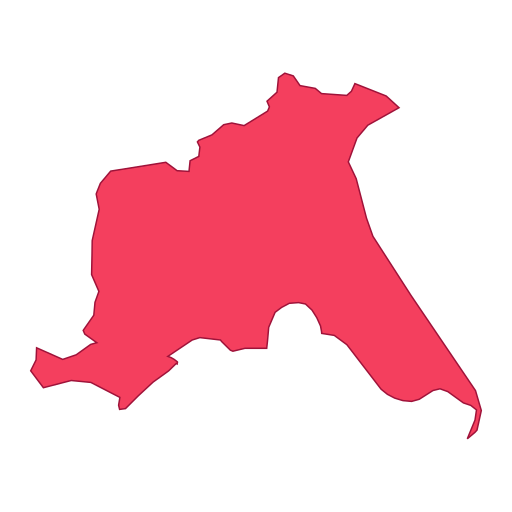 the border of East Riding of Yorkshire
{"feature_id": "GBR-2124", "entity_name": "East Riding of Yorkshire", "entity_type": "Unitary Authority", "adm_level": 1, "iso_a3": "GBR", "parent_name": "United Kingdom", "parent_adm1": "", "projection": "orthographic", "projection_center": [-0.492, 53.866], "detail": "fine", "context": "isolated", "style": "filled", "palette": "rose", "viewbox_px": 512, "rotation_deg": 0, "n_neighbors": 0, "source": "natural_earth", "source_scale": "10m", "svg_char_len": 1454}
<svg xmlns="http://www.w3.org/2000/svg" viewBox="0 0 512 512"><path d="M354.9,83.6L386.2,96.0L399.0,107.7L367.8,125.2L357.0,138.0L348.3,161.9L356.2,178.7L366.5,218.2L372.9,236.3L410.9,295.3L475.5,390.6L481.3,410.5L477.0,430.1L475.0,432.3L467.3,438.8L475.0,420.1L476.5,409.9L470.8,405.4L463.4,402.9L447.8,391.6L440.0,388.8L433.0,390.5L419.2,399.3L411.6,401.4L402.9,400.6L394.7,398.1L387.4,394.3L381.1,389.2L346.9,344.7L334.3,335.4L321.7,333.4L321.5,331.3L320.5,325.9L316.8,317.7L312.0,310.1L305.5,304.0L298.6,302.6L289.3,303.3L281.6,307.4L275.1,312.3L268.7,327.3L267.5,341.0L266.7,348.3L245.0,348.3L232.9,351.2L230.4,350.2L221.5,341.4L220.5,340.0L199.8,337.6L192.2,340.0L167.8,356.4L171.1,357.6L174.2,359.4L177.2,361.7L177.5,362.1L177.1,364.0L176.2,363.5L168.6,370.9L153.2,382.0L138.4,395.7L125.5,408.6L119.6,409.4L118.6,405.2L119.9,397.4L90.8,382.4L71.2,380.5L43.4,387.7L30.7,370.8L36.1,359.9L36.6,347.8L62.7,359.4L76.2,354.8L90.7,344.4L96.8,342.7L84.8,334.1L83.2,330.4L93.8,315.2L95.0,302.3L98.9,291.4L91.6,274.6L92.0,255.0L92.2,240.6L99.2,209.3L96.2,194.0L96.8,192.3L100.4,183.3L110.7,171.1L165.8,162.3L177.1,170.7L189.0,171.4L190.1,160.7L198.8,156.4L199.9,147.1L197.4,141.9L198.8,140.3L211.9,134.9L223.7,124.7L231.8,123.0L244.1,125.6L267.6,111.1L269.4,106.9L267.0,101.2L277.0,92.2L278.5,77.6L284.8,73.2L293.3,75.9L300.0,85.6L315.3,88.4L321.5,93.6L346.8,95.4L351.4,91.3L354.7,84.1L354.9,83.6Z" fill="#f43f5e" stroke="#9f1239" stroke-width="1.5"/></svg>